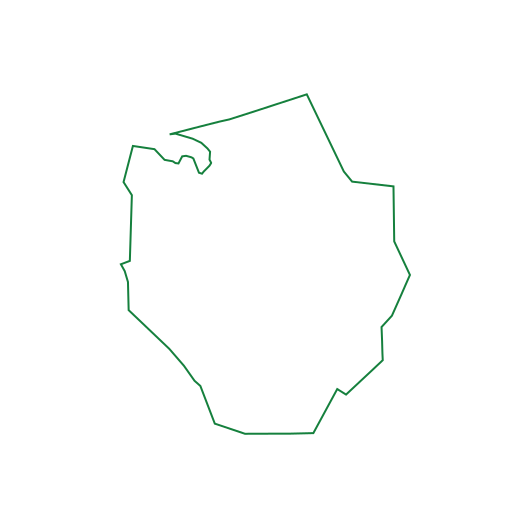 San Miguel Tulancingo, Oaxaca, Mexico (Mercator projection), rotated 212°
{"feature_id": "50627088B24354653382818", "entity_name": "San Miguel Tulancingo", "entity_type": "district", "adm_level": 2, "iso_a3": "MEX", "parent_name": "Mexico", "parent_adm1": "Oaxaca", "projection": "mercator", "projection_center": [-97.436, 17.752], "detail": "fine", "context": "isolated", "style": "outline", "palette": "green", "viewbox_px": 512, "rotation_deg": 212, "n_neighbors": 0, "source": "geoboundaries", "source_scale": "gbopen_adm2", "svg_char_len": 988}
<svg xmlns="http://www.w3.org/2000/svg" viewBox="0 0 512 512"><g transform="rotate(212 256 256)"><path d="M418.7,284.1L415.5,273.9L407.5,248.5L393.5,241.8L360.4,185.0L366.2,177.4L359.3,173.6L350.8,166.1L335.3,142.6L280.3,131.3L258.9,124.7L242.0,117.6L234.3,116.3L202.1,92.0L171.1,99.4L167.5,101.7L132.5,123.7L113.5,136.2L116.6,186.2L106.2,186.2L96.2,223.7L93.3,234.8L97.1,240.3L99.1,243.3L103.8,250.4L111.9,262.3L109.1,277.4L112.4,300.9L112.9,304.2L113.3,307.1L113.7,309.6L115.4,321.5L146.5,341.6L176.3,387.9L213.9,370.0L226.3,374.2L298.6,420.0L320.4,394.0L333.3,378.6L351.0,357.7L358.1,350.7L367.7,340.7L376.2,331.8L393.7,313.4L389.4,316.9L389.1,317.1L371.9,321.9L362.3,323.0L354.2,321.5L350.2,320.1L346.5,313.1L343.5,311.3L343.3,310.9L343.3,307.9L345.1,299.9L345.4,297.2L348.5,296.4L360.8,305.5L362.9,305.5L364.4,305.1L368.4,303.9L371.4,301.4L370.8,293.4L373.6,292.1L376.8,292.2L380.2,290.8L384.5,289.1L398.7,292.8L418.7,284.1Z" fill="none" stroke="#15803d" stroke-width="2"/></g></svg>